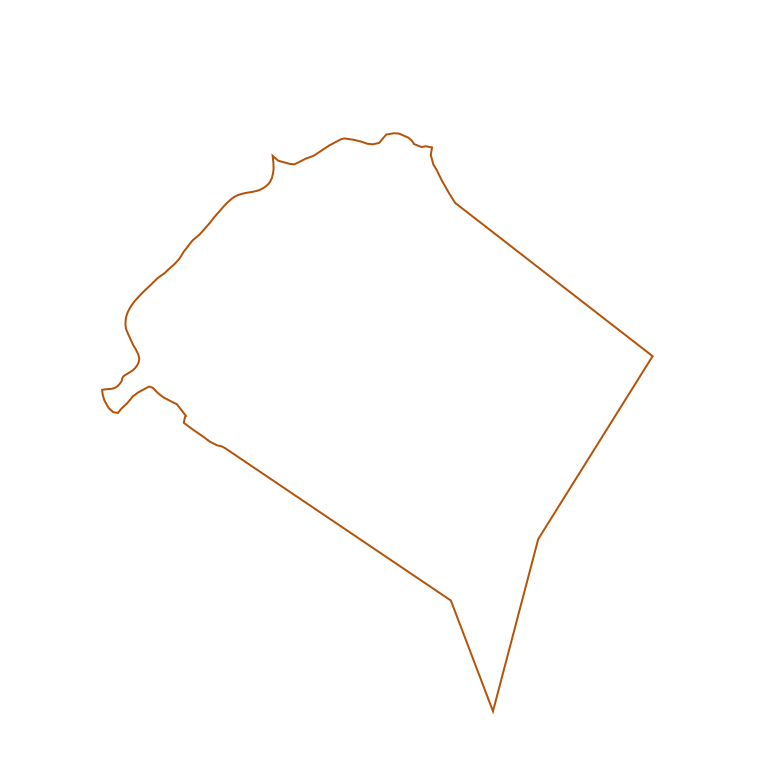 Latille, Micoud, Saint Lucia (Mercator projection), rotated 120°
{"feature_id": "8701671B58191073405905", "entity_name": "Latille", "entity_type": "district", "adm_level": 2, "iso_a3": "LCA", "parent_name": "Saint Lucia", "parent_adm1": "Micoud", "projection": "mercator", "projection_center": [-60.916, 13.828], "detail": "fine", "context": "isolated", "style": "outline", "palette": "amber", "viewbox_px": 768, "rotation_deg": 120, "n_neighbors": 0, "source": "geoboundaries", "source_scale": "gbopen_adm2", "svg_char_len": 2674}
<svg xmlns="http://www.w3.org/2000/svg" viewBox="0 0 768 768"><g transform="rotate(120 384 384)"><path d="M530.0,625.2L533.9,622.3L537.9,618.1L539.5,615.5L542.4,610.5L542.7,609.3L543.8,604.4L542.9,602.1L542.0,599.9L536.5,599.1L529.1,596.8L520.9,595.4L520.2,595.3L519.3,594.9L514.3,592.7L509.2,589.6L503.7,586.2L502.9,582.4L504.8,575.6L505.9,568.8L505.6,562.8L505.5,559.3L505.1,553.2L508.8,544.1L510.7,539.5L511.2,539.7L511.8,539.9L517.7,538.0L518.1,534.8L519.1,526.2L519.7,518.2L519.9,515.2L521.0,506.1L520.7,500.6L520.6,498.0L519.1,493.2L519.0,489.9L538.1,217.8L612.9,126.0L451.4,170.1L441.2,172.9L225.6,165.3L191.6,412.9L186.6,422.4L178.5,436.2L172.3,445.4L169.3,450.9L162.3,458.0L155.1,460.7L157.3,466.8L160.0,469.9L161.2,477.8L159.3,481.8L158.5,485.8L159.6,496.1L161.9,500.8L166.9,506.8L177.7,508.8L182.0,513.5L184.3,518.7L185.4,524.6L187.7,532.5L191.2,541.2L193.5,543.6L205.0,550.8L221.6,559.1L227.7,564.2L238.5,571.4L240.4,575.3L243.5,587.2L242.1,594.5L247.1,590.9L248.1,590.1L252.9,587.2L257.0,585.4L259.9,584.6L261.9,584.0L262.9,584.0L265.3,583.8L267.4,583.9L270.0,584.5L272.9,585.6L275.4,586.9L278.7,589.2L281.0,591.4L282.1,592.6L283.8,594.5L284.6,595.5L287.3,598.8L289.0,600.7L290.0,601.7L291.7,603.5L292.9,604.4L293.8,605.2L295.8,606.6L297.9,607.7L298.9,608.2L299.4,608.4L301.4,609.1L304.7,610.2L306.8,610.8L308.8,611.3L311.3,611.8L313.4,612.2L317.6,613.0L318.2,613.1L320.6,613.7L323.4,614.2L326.2,614.7L329.7,615.1L332.2,615.5L339.7,617.0L346.8,618.5L349.3,619.4L355.2,621.5L358.0,622.0L359.6,622.2L360.8,622.4L362.3,622.5L366.5,623.2L367.3,623.3L369.9,623.6L375.3,623.7L379.2,624.1L379.6,624.2L385.0,625.4L388.7,626.7L391.8,627.7L393.3,628.2L397.0,629.2L401.3,631.1L406.0,633.2L406.9,633.4L411.8,634.8L413.6,635.2L416.0,635.9L418.5,636.7L420.4,637.3L423.6,638.2L424.6,638.5L425.6,638.7L428.3,639.4L429.3,639.7L431.8,640.3L436.3,641.2L438.2,641.5L439.9,641.7L443.1,642.0L446.9,642.0L448.2,641.9L450.3,641.8L452.8,641.3L454.0,641.0L455.5,640.6L457.6,639.8L458.0,639.6L461.7,637.7L464.3,635.8L466.4,633.6L467.1,632.6L468.7,630.5L471.2,626.9L472.8,624.8L473.1,624.3L475.5,620.9L477.6,617.1L479.0,614.9L480.7,612.4L481.1,611.9L481.6,611.2L482.1,610.8L482.6,610.3L483.9,609.0L485.5,608.1L486.1,607.9L487.7,607.4L488.7,607.2L492.0,607.1L492.4,607.2L494.7,607.5L497.7,608.4L498.3,608.7L500.7,609.8L502.0,610.6L502.6,610.9L504.2,611.8L504.7,612.1L505.6,612.6L507.4,613.4L508.1,613.5L509.0,613.6L509.8,613.5L510.3,613.4L511.8,612.9L513.5,612.6L515.3,612.9L516.2,613.0L516.8,613.1L518.4,613.5L520.9,614.5L523.1,616.1L524.9,618.2L525.6,619.2L525.9,619.8L526.7,620.8L527.3,621.7L528.5,623.4L529.7,624.8L530.0,625.2Z" fill="none" stroke="#b45309" stroke-width="2"/></g></svg>